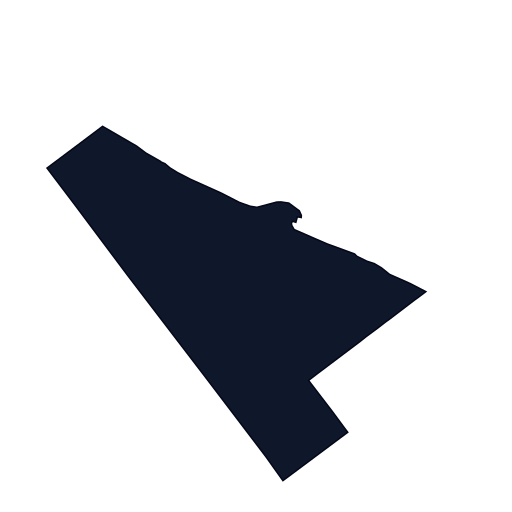 Erie, Pennsylvania, United States of America (Natural Earth projection), rotated 53°
{"feature_id": "52423323B98876913296061", "entity_name": "Erie", "entity_type": "district", "adm_level": 2, "iso_a3": "USA", "parent_name": "United States of America", "parent_adm1": "Pennsylvania", "projection": "natural_earth1", "projection_center": [-80.038, 42.059], "detail": "fine", "context": "isolated", "style": "filled", "palette": "ink", "viewbox_px": 512, "rotation_deg": 53, "n_neighbors": 0, "source": "geoboundaries", "source_scale": "gbopen_adm2", "svg_char_len": 944}
<svg xmlns="http://www.w3.org/2000/svg" viewBox="0 0 512 512"><g transform="rotate(53 256 256)"><path d="M386.7,141.8L371.0,149.3L351.0,160.4L341.0,162.9L333.2,166.1L326.8,170.6L316.9,175.6L313.7,176.0L288.8,192.1L275.0,199.9L257.8,209.6L253.1,209.0L251.2,208.0L250.2,206.0L250.3,205.9L253.1,203.9L249.6,199.4L252.5,196.7L250.8,195.3L246.0,194.2L233.5,197.9L227.9,203.4L225.4,206.9L217.7,225.9L212.6,230.8L203.0,237.1L186.4,245.1L184.8,245.9L156.2,261.6L155.3,262.1L141.8,268.6L133.5,271.8L127.5,273.1L123.8,275.2L123.2,275.2L107.4,282.0L96.3,285.2L60.1,300.5L60.1,301.2L60.1,318.7L60.1,326.7L60.0,370.0L109.0,369.9L132.7,370.0L195.0,370.2L268.9,369.7L323.0,369.3L422.1,368.9L451.6,369.7L452.0,288.8L445.8,288.8L426.4,288.6L387.1,288.9L387.0,288.2L386.9,277.9L386.9,223.6L386.7,217.0L386.8,206.4L386.8,199.9L386.7,194.2L386.7,190.7L386.8,188.6L386.6,156.3L386.7,151.8L386.7,141.8Z" fill="#0f172a" stroke="#020617" stroke-width="1.5"/></g></svg>